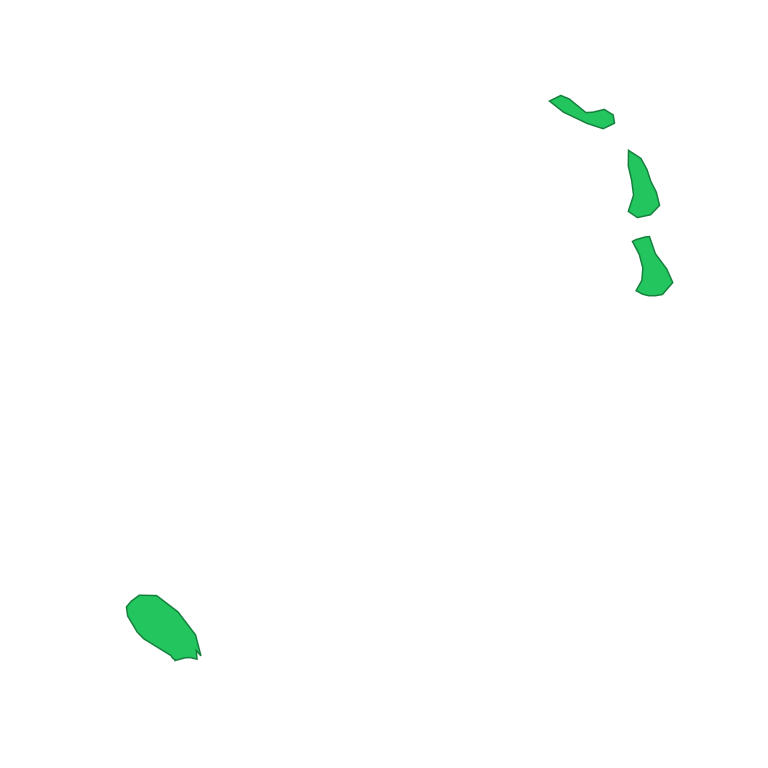 map outline of Ha'apai (Natural Earth projection), rotated 320°
{"feature_id": "TON-4948", "entity_name": "Ha'apai", "entity_type": "state/province", "adm_level": 1, "iso_a3": "TON", "parent_name": "Tonga", "parent_adm1": "", "projection": "natural_earth1", "projection_center": [-174.543, -19.707], "detail": "fine", "context": "isolated", "style": "filled", "palette": "green", "viewbox_px": 768, "rotation_deg": 320, "n_neighbors": 0, "source": "natural_earth", "source_scale": "10m", "svg_char_len": 875}
<svg xmlns="http://www.w3.org/2000/svg" viewBox="0 0 768 768"><g transform="rotate(320 384 384)"><path d="M60.8,388.5L73.8,399.9L79.7,426.3L78.3,455.2L69.0,474.6L68.9,467.4L63.9,474.6L59.8,469.1L55.6,465.9L46.2,461.5L46.8,461.1L45.9,458.7L46.2,454.9L36.2,424.9L35.5,415.4L38.5,397.0L43.4,389.2L50.7,387.9L60.8,388.5ZM637.1,474.6L648.2,470.3L656.8,461.6L662.7,449.2L666.0,434.5L670.0,435.4L678.9,439.4L682.1,441.7L675.6,458.7L674.5,477.6L670.4,491.9L654.8,494.4L648.6,490.8L643.6,486.6L639.8,481.4L637.1,474.6ZM682.1,408.8L696.5,399.8L704.6,387.2L711.3,374.0L721.5,362.2L725.8,376.3L723.3,388.7L718.6,400.4L715.9,412.1L709.9,424.3L697.0,425.7L685.1,419.4L682.1,408.8ZM718.8,310.1L729.2,315.2L732.5,325.2L728.2,332.4L716.0,329.3L707.1,315.0L696.3,291.3L692.6,273.6L704.9,276.6L709.1,284.7L713.1,305.8L718.8,310.1Z" fill="#22c55e" stroke="#15803d" stroke-width="1.5"/></g></svg>